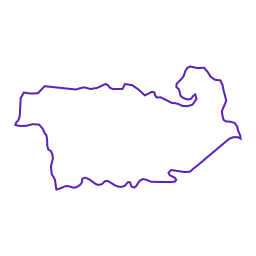 the Region of Kvemo Kartli
{"feature_id": "GEO-3037", "entity_name": "Kvemo Kartli", "entity_type": "Region", "adm_level": 1, "iso_a3": "GEO", "parent_name": "Georgia", "parent_adm1": "", "projection": "albers", "projection_center": [44.553, 41.504], "detail": "fine", "context": "isolated", "style": "outline", "palette": "violet", "viewbox_px": 256, "rotation_deg": 0, "n_neighbors": 0, "source": "natural_earth", "source_scale": "10m", "svg_char_len": 1793}
<svg xmlns="http://www.w3.org/2000/svg" viewBox="0 0 256 256"><path d="M195.9,166.8L194.2,167.9L191.1,170.7L189.5,171.8L184.3,172.0L171.2,170.0L168.5,172.7L169.7,175.2L174.8,177.7L175.7,179.0L176.2,179.8L174.9,181.6L171.3,182.1L151.3,181.8L145.6,179.5L142.9,179.1L140.0,180.5L138.2,182.8L136.5,185.7L134.5,187.5L131.7,186.7L131.0,185.3L130.5,183.5L129.8,182.1L128.3,182.1L127.4,182.8L124.7,185.9L121.4,186.9L118.3,186.6L115.3,185.5L108.1,181.1L106.4,180.9L104.8,181.4L103.7,182.4L102.7,183.5L101.4,184.4L98.2,184.9L95.7,184.0L89.1,179.3L85.4,177.8L84.0,177.8L82.3,178.9L82.0,180.3L81.9,181.8L81.2,183.6L79.0,185.7L76.3,187.2L73.5,187.7L67.7,186.0L65.0,186.3L59.5,188.7L56.4,189.5L56.3,189.4L55.0,180.0L53.6,177.1L51.8,174.5L50.9,166.5L52.9,158.5L52.4,154.6L51.0,151.2L48.2,149.3L47.2,145.2L47.2,141.2L46.8,137.3L46.2,134.8L45.0,133.7L42.6,128.5L39.1,124.6L32.6,124.2L26.1,125.8L20.1,126.0L15.4,125.0L16.3,122.2L18.2,120.6L19.7,116.2L20.7,98.1L23.9,92.5L29.8,93.5L37.9,93.3L44.6,86.2L75.9,89.5L80.0,88.2L84.3,87.4L90.7,89.0L97.2,87.9L105.4,84.0L107.9,85.2L110.0,87.8L113.1,89.1L122.6,88.9L124.8,84.1L132.2,85.1L138.5,89.6L144.9,95.4L152.0,91.8L154.4,92.4L154.9,95.0L156.7,97.5L160.7,97.3L171.8,102.9L175.1,103.2L178.4,104.0L182.4,105.9L187.6,106.2L192.6,104.5L196.5,98.8L195.2,94.4L193.0,96.1L191.2,98.7L188.1,99.5L184.9,98.7L182.6,97.5L180.5,95.7L179.8,92.5L178.9,89.4L176.3,87.0L176.6,83.8L180.5,80.0L183.7,76.1L185.3,71.0L187.6,67.7L190.5,66.5L197.3,68.1L204.0,67.7L207.5,71.7L210.5,76.6L215.0,79.8L220.2,80.3L222.6,85.2L223.7,91.0L226.3,100.7L221.8,111.4L222.6,116.3L223.6,119.9L226.0,121.4L230.4,121.7L234.6,122.9L237.2,126.5L238.2,131.0L239.3,133.2L240.2,135.5L240.6,138.6L238.1,137.3L233.7,137.1L229.3,138.7L208.8,155.9L195.9,166.8Z" fill="none" stroke="#5b21b6" stroke-width="2"/></svg>